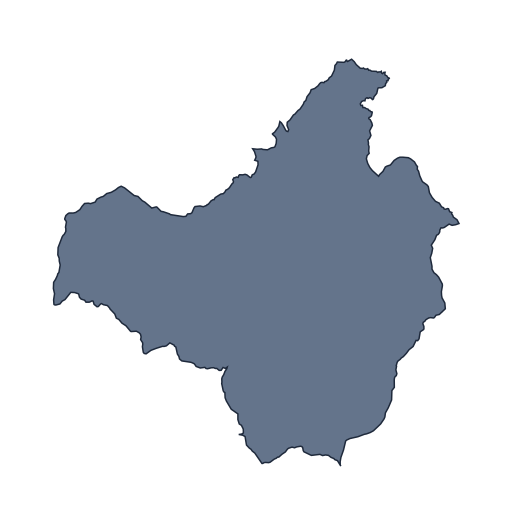 Vergara, Cundinamarca, Colombia, rotated 186°
{"feature_id": "7082276B80485055582459", "entity_name": "Vergara", "entity_type": "district", "adm_level": 2, "iso_a3": "COL", "parent_name": "Colombia", "parent_adm1": "Cundinamarca", "projection": "albers", "projection_center": [-74.318, 5.125], "detail": "fine", "context": "isolated", "style": "filled", "palette": "slate", "viewbox_px": 512, "rotation_deg": 186, "n_neighbors": 0, "source": "geoboundaries", "source_scale": "gbopen_adm2", "svg_char_len": 6040}
<svg xmlns="http://www.w3.org/2000/svg" viewBox="0 0 512 512"><g transform="rotate(186 256 256)"><path d="M246.3,392.2L246.9,387.4L247.5,386.1L250.4,381.1L252.4,379.3L252.3,378.8L249.2,376.5L247.8,374.3L247.7,370.1L248.6,366.6L249.5,365.9L252.2,365.1L255.7,362.8L260.5,362.7L261.5,363.1L265.9,362.3L270.5,362.3L268.4,359.6L266.4,355.0L266.4,353.8L267.3,351.1L264.0,350.4L263.5,346.9L265.2,339.5L266.5,337.3L268.2,336.4L268.9,334.0L269.4,333.5L270.3,333.6L273.5,335.7L275.4,336.1L277.7,335.3L280.8,335.1L281.5,334.3L282.0,332.3L283.8,332.5L285.2,331.5L286.0,331.6L287.1,329.5L286.2,327.7L286.3,326.5L287.4,325.3L289.6,321.1L291.3,319.3L292.9,318.3L293.5,316.6L295.0,314.6L297.5,313.9L302.7,309.8L303.6,307.6L304.5,307.6L306.5,306.1L308.8,302.5L310.0,302.0L310.3,301.2L313.6,299.5L316.9,299.9L321.8,298.8L322.7,297.4L324.2,292.4L325.4,291.3L328.4,290.7L329.9,288.1L332.5,287.6L345.3,288.2L346.5,288.9L352.7,290.3L355.1,290.5L359.7,294.3L360.4,294.4L364.7,292.8L372.1,297.9L374.9,299.1L379.6,302.9L383.5,303.4L393.8,310.0L397.4,311.3L400.0,309.7L402.6,307.1L406.6,304.2L411.0,302.5L414.1,299.3L416.5,298.3L420.1,296.0L421.6,292.8L426.0,290.8L428.4,291.0L432.0,290.3L434.2,287.2L436.0,283.7L439.8,280.5L442.3,279.6L446.4,279.2L447.6,278.3L449.3,276.4L450.1,273.3L449.9,272.2L449.0,271.5L448.1,270.0L448.5,264.7L448.0,263.4L447.7,260.5L449.1,257.3L449.9,256.5L450.7,255.0L453.7,243.7L453.2,236.4L451.5,233.2L451.1,230.3L449.8,226.6L450.3,219.0L451.3,217.5L451.5,215.8L452.9,211.8L454.5,208.7L454.1,202.4L452.4,197.4L452.7,191.2L451.9,186.8L451.4,186.4L450.0,186.3L446.0,187.8L444.0,190.9L441.4,192.7L436.4,200.5L432.5,200.7L428.8,199.9L428.3,199.5L427.3,196.6L425.5,194.9L421.8,194.1L420.3,192.3L416.8,192.7L414.4,194.2L413.2,194.0L412.0,191.0L408.8,188.9L407.5,189.3L405.6,192.0L404.7,192.5L402.6,191.6L398.6,191.2L396.3,189.1L395.5,187.9L390.4,183.6L388.4,179.6L385.8,178.6L382.3,175.2L378.0,173.0L373.0,168.1L372.3,167.8L367.1,168.7L364.1,167.4L362.7,166.1L361.8,163.5L362.0,160.8L359.7,157.9L359.4,156.4L359.5,153.9L358.0,148.4L357.0,147.4L355.1,147.2L350.6,151.2L345.7,153.7L339.5,156.4L337.8,156.5L335.7,157.3L332.6,160.6L328.0,158.7L327.6,157.8L326.2,157.1L323.9,150.2L322.2,148.1L321.3,145.6L318.8,143.9L309.7,143.5L308.1,143.1L306.0,142.3L304.0,139.9L299.7,138.8L295.2,139.9L294.0,138.9L292.4,138.8L288.9,140.1L286.4,140.5L284.7,139.9L283.2,140.1L280.7,138.4L279.5,138.5L278.7,138.7L277.1,141.7L274.7,141.0L273.0,142.5L273.3,140.8L274.8,138.0L275.7,134.6L276.9,132.1L277.2,130.2L276.7,126.9L276.8,125.6L274.5,118.5L273.7,117.4L272.7,117.0L271.9,111.8L270.3,108.7L264.6,101.0L257.5,97.1L256.9,91.4L255.1,87.2L252.8,86.1L250.6,82.6L250.1,79.3L250.2,78.5L251.7,77.4L254.5,76.7L250.5,76.4L248.0,75.3L245.7,67.0L242.5,64.2L240.8,63.3L239.3,61.6L236.6,59.9L228.4,50.3L227.6,50.4L226.5,51.3L225.0,51.7L221.8,51.8L220.4,52.4L216.4,56.1L214.9,56.8L213.6,58.2L212.3,58.4L209.3,61.7L206.3,64.2L204.5,67.3L203.5,68.2L200.2,69.7L197.6,69.3L195.6,70.4L191.7,71.5L190.4,71.2L189.5,70.2L188.7,67.5L187.9,66.3L180.1,63.5L171.7,65.4L168.9,64.5L166.1,65.4L163.1,65.3L160.4,63.6L157.4,62.7L156.3,61.7L153.6,61.0L149.7,55.9L150.4,57.1L150.8,60.2L150.5,64.6L148.7,72.2L147.5,81.4L146.6,82.4L143.5,84.3L135.8,86.9L129.6,90.0L127.4,90.7L123.9,92.4L120.9,94.5L114.5,102.0L111.6,107.4L111.0,109.4L110.9,113.5L108.6,118.9L106.1,127.0L106.8,136.4L104.7,139.8L105.6,147.5L105.5,149.5L104.9,150.8L104.0,151.6L103.6,153.7L105.0,157.4L104.7,161.1L105.1,161.5L104.5,165.0L103.9,166.3L101.8,168.3L100.8,169.8L99.0,171.3L96.3,174.9L94.0,178.8L90.3,182.4L88.0,188.8L86.4,188.7L85.2,190.6L84.8,197.3L84.6,197.9L81.6,200.4L81.4,201.2L81.7,203.6L83.0,206.1L82.7,207.6L81.3,208.7L80.4,210.4L77.8,212.4L75.9,213.0L73.0,212.9L72.2,213.4L70.8,215.9L67.6,217.0L62.2,223.3L63.3,229.0L66.6,233.8L67.3,236.1L67.9,239.9L67.5,245.9L67.8,247.6L72.1,254.0L74.6,256.3L77.3,258.0L79.6,261.3L79.9,264.2L82.5,272.6L81.5,277.1L81.1,282.1L82.8,285.1L79.8,290.9L78.6,295.5L77.1,296.5L76.2,298.0L75.8,299.2L75.9,301.1L74.9,303.4L73.3,303.4L71.7,304.1L67.3,307.9L64.2,307.0L60.7,308.0L57.5,309.5L59.9,313.1L63.8,315.3L64.6,317.0L65.9,318.4L65.7,319.7L68.0,320.3L69.5,323.1L70.4,323.2L72.4,322.3L73.8,322.4L74.5,323.6L76.6,324.3L79.2,327.7L83.2,329.1L87.0,332.7L90.1,337.0L91.9,343.1L93.4,344.6L97.9,347.1L98.6,347.8L101.5,352.8L103.2,357.3L104.7,359.1L104.8,362.0L105.8,362.7L108.2,366.1L112.3,368.7L114.8,369.7L120.4,369.6L123.2,369.3L125.5,368.1L128.6,365.5L131.8,360.6L135.3,359.0L136.7,358.0L138.6,353.4L141.6,349.9L142.4,348.1L149.2,353.1L152.0,355.9L154.6,359.8L156.4,364.2L156.0,367.5L154.2,369.9L154.9,372.2L155.0,376.4L156.0,378.9L155.9,380.0L156.8,383.2L155.5,384.6L154.3,387.9L156.1,392.3L153.9,398.0L154.7,400.4L156.7,403.5L158.0,404.2L158.3,404.7L158.1,405.5L156.6,406.4L155.8,407.6L155.4,410.8L155.7,411.5L157.2,411.6L158.0,412.6L159.1,412.6L159.8,413.7L162.1,414.2L163.4,415.0L165.2,414.8L165.9,417.0L167.4,416.6L168.2,418.2L167.1,420.7L165.1,421.8L163.9,421.7L163.6,423.8L162.5,424.9L161.9,425.0L161.1,424.4L159.4,425.4L157.7,424.9L156.6,423.7L156.1,423.9L155.6,424.7L155.3,426.7L152.9,430.4L152.3,435.6L151.6,436.1L148.4,436.5L145.2,438.9L145.1,441.1L144.1,442.3L144.4,443.8L143.0,444.2L143.0,445.5L142.0,446.5L142.3,447.0L143.5,447.2L144.7,448.8L146.6,449.5L147.0,451.2L146.8,452.2L148.0,452.1L149.1,450.6L150.1,451.0L150.7,452.8L151.6,452.0L153.0,452.0L154.1,451.3L155.6,452.2L160.4,451.9L162.2,452.8L163.3,452.5L164.5,454.0L165.7,453.4L167.6,453.4L168.8,454.2L169.6,453.7L171.9,453.6L176.3,456.8L178.6,459.5L181.5,461.7L185.2,459.0L185.7,459.2L186.2,460.2L186.7,460.3L187.8,458.4L188.7,457.8L195.4,457.4L196.1,455.6L197.4,453.8L197.5,449.0L199.7,442.8L201.8,440.9L202.5,439.0L204.6,437.1L205.8,436.7L206.5,435.5L208.6,435.6L209.7,435.2L210.7,434.1L212.1,431.7L215.2,428.7L218.5,427.2L219.3,424.0L221.9,419.8L222.7,415.9L224.2,414.3L224.8,411.9L227.6,406.7L229.4,405.1L232.2,401.1L233.5,400.2L236.4,394.9L238.9,392.3L238.8,389.0L236.7,385.1L237.3,383.1L238.8,383.4L239.6,384.2L242.6,388.6L244.7,391.1L246.3,392.2Z" fill="#64748b" stroke="#1e293b" stroke-width="1.5"/></g></svg>